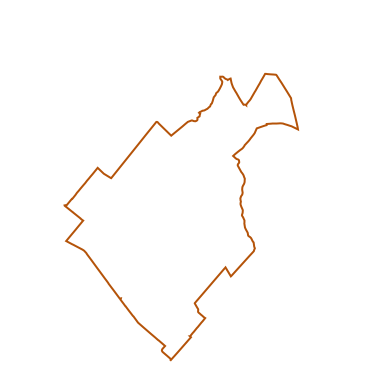 Mereni, Constanta, Romania, rotated 129°
{"feature_id": "2599482B33933506260417", "entity_name": "Mereni", "entity_type": "district", "adm_level": 2, "iso_a3": "ROU", "parent_name": "Romania", "parent_adm1": "Constanta", "projection": "robinson", "projection_center": [28.322, 44.014], "detail": "fine", "context": "isolated", "style": "outline", "palette": "amber", "viewbox_px": 384, "rotation_deg": 129, "n_neighbors": 0, "source": "geoboundaries", "source_scale": "gbopen_adm2", "svg_char_len": 5435}
<svg xmlns="http://www.w3.org/2000/svg" viewBox="0 0 384 384"><g transform="rotate(129 192 192)"><path d="M48.0,200.4L48.1,200.6L48.2,200.8L49.7,203.0L51.2,205.1L52.9,207.6L53.4,208.5L54.2,209.5L56.0,209.2L59.8,208.6L62.0,208.3L64.9,207.7L67.7,207.3L73.7,206.3L74.7,206.2L81.6,205.1L82.7,204.9L84.5,204.8L86.2,204.9L87.8,204.9L89.7,204.8L90.2,204.8L90.5,204.5L90.5,205.3L90.6,205.6L90.9,206.0L91.7,206.7L91.7,207.1L91.0,209.2L90.2,211.7L89.2,214.5L87.7,218.3L87.1,219.8L86.5,221.6L85.2,224.9L84.9,225.8L83.9,227.5L83.0,229.0L82.4,229.9L81.9,230.5L80.2,232.6L79.5,233.4L79.7,233.6L79.8,233.6L80.9,234.1L82.0,234.6L82.4,234.7L82.3,235.2L82.6,235.9L82.8,236.5L83.0,237.4L83.0,237.9L83.0,238.8L82.9,239.4L82.8,239.9L82.9,240.4L83.3,241.1L83.9,241.7L84.3,242.2L84.6,242.6L85.5,241.9L86.1,241.3L86.5,239.9L87.0,238.3L87.4,237.7L89.0,236.8L89.7,236.5L91.7,236.0L94.5,235.4L95.3,235.3L96.4,235.1L97.7,235.0L98.5,235.1L99.5,235.4L100.3,235.3L101.8,234.7L104.2,234.7L104.7,234.7L106.1,234.1L108.4,233.1L110.2,232.5L110.7,232.3L111.7,232.5L113.1,232.2L113.5,232.0L114.2,231.8L115.2,232.1L116.1,232.2L117.7,232.4L118.7,232.9L120.3,233.5L121.2,234.0L121.9,234.7L122.4,235.1L122.5,235.1L123.6,235.5L125.1,236.3L126.0,236.4L126.0,234.9L127.1,234.5L128.5,233.7L129.7,234.1L131.0,234.5L132.0,233.5L132.9,233.1L133.8,233.3L134.8,233.8L135.4,234.6L135.8,235.3L136.1,236.3L136.3,236.9L136.6,237.3L140.2,239.4L140.3,239.4L143.3,240.0L147.2,240.7L161.3,243.6L160.4,253.4L159.7,260.9L159.4,262.3L159.4,262.6L159.5,263.2L159.8,263.6L160.0,263.8L160.6,263.8L161.7,263.8L163.5,263.8L176.4,263.8L189.2,263.7L189.7,263.7L232.1,263.5L232.2,263.8L233.3,272.0L232.6,280.5L240.6,280.5L243.8,280.6L246.2,280.6L249.3,280.7L252.4,280.6L254.9,280.7L259.9,280.8L262.2,280.8L265.2,280.9L267.7,280.7L269.9,280.7L272.8,280.7L272.9,281.0L281.1,281.1L281.4,281.6L282.6,282.6L282.8,282.3L282.7,262.1L282.8,262.0L282.8,261.5L282.8,259.3L282.7,258.6L282.8,258.6L292.5,258.7L294.8,258.7L300.8,258.8L309.3,258.9L308.0,252.2L307.6,250.6L307.6,250.4L306.4,244.4L305.7,240.9L305.5,238.9L305.9,236.1L306.0,235.6L306.2,235.0L306.3,234.9L306.6,233.8L307.2,231.4L308.6,226.0L309.5,222.6L310.9,217.3L311.8,213.8L312.6,210.8L312.6,210.7L313.8,206.2L315.4,199.9L315.7,199.3L316.2,197.3L317.0,194.1L317.5,192.0L318.4,188.5L319.3,185.0L320.3,181.1L319.4,180.3L320.7,179.7L321.9,174.8L322.7,171.8L322.6,171.7L323.9,166.6L324.7,163.2L325.5,159.9L325.5,159.2L326.3,156.2L327.5,151.7L327.8,144.0L327.8,143.8L328.1,134.6L328.2,130.1L328.4,125.0L328.3,124.7L328.6,116.0L332.2,116.2L332.6,116.2L333.1,116.1L333.5,116.0L333.9,115.8L334.3,115.5L334.4,115.3L334.6,114.8L334.8,114.2L335.1,104.7L335.2,104.0L335.4,103.4L335.5,103.2L335.9,102.8L336.0,102.8L336.0,102.7L335.9,102.7L326.0,102.2L315.7,101.8L305.5,101.4L305.4,102.8L305.3,102.7L304.5,102.7L303.7,102.7L302.6,102.7L301.9,102.7L301.0,102.7L299.7,102.6L298.8,102.6L297.8,102.6L296.3,102.6L295.5,102.6L294.5,102.6L293.4,102.5L292.5,102.5L291.5,102.5L290.7,102.5L290.0,102.5L288.3,102.5L287.3,102.5L286.0,102.4L284.5,102.4L283.4,102.4L282.5,102.4L281.7,102.4L281.8,103.3L281.8,103.8L281.8,104.4L281.8,105.1L281.7,105.7L281.7,106.8L281.7,107.5L281.7,108.3L281.6,109.1L281.6,109.5L281.6,110.1L281.6,110.7L281.5,111.5L280.9,112.2L279.7,113.0L279.2,113.5L278.1,116.5L276.8,119.8L276.6,119.9L267.0,119.6L249.0,119.1L248.9,119.1L231.5,118.6L229.9,118.5L229.5,118.5L233.1,108.7L232.4,108.6L214.3,107.6L205.3,107.1L200.9,106.8L199.1,106.7L198.5,107.0L197.0,107.5L196.2,107.7L195.9,108.2L195.5,109.0L195.2,109.4L194.9,109.7L193.7,111.0L192.4,112.4L192.4,112.6L192.2,113.6L191.4,115.4L191.3,115.6L190.7,116.9L190.6,117.4L190.5,118.1L190.5,118.7L190.6,119.3L190.6,120.1L190.6,120.7L190.3,121.2L188.6,123.1L187.6,125.6L187.1,126.8L186.4,128.2L186.1,128.7L185.4,129.4L185.0,129.9L184.4,130.5L184.0,131.0L183.4,131.6L182.6,132.1L181.9,132.7L181.3,133.1L180.8,133.8L180.4,134.7L179.5,136.4L179.2,137.5L179.0,137.9L178.7,138.5L178.2,138.8L176.4,139.5L174.5,140.8L174.0,141.3L172.4,144.4L171.3,146.2L170.6,146.9L169.5,147.6L168.9,147.8L168.7,148.0L168.2,148.6L167.8,149.2L167.1,149.8L166.5,150.4L166.4,150.4L166.0,150.6L165.6,150.7L165.2,150.9L164.2,151.2L162.4,151.3L161.8,151.6L160.8,152.1L160.3,152.6L158.7,154.4L158.0,154.9L157.3,155.4L156.8,155.7L156.0,156.1L155.5,156.2L154.0,156.5L153.2,156.6L151.7,157.1L151.0,157.5L150.4,157.9L149.9,158.3L149.4,158.7L148.7,159.1L148.4,159.4L148.2,159.6L148.0,160.2L147.7,160.7L147.2,161.5L146.6,162.4L146.0,164.0L145.7,165.1L145.5,166.2L142.7,173.0L142.2,173.5L141.3,173.8L141.1,173.8L139.9,173.8L139.2,174.0L138.4,174.8L137.8,175.5L137.7,176.1L137.7,176.5L137.8,176.9L138.0,177.3L138.1,177.6L138.2,177.9L138.3,178.2L138.3,178.7L138.3,179.6L138.1,182.7L135.3,182.3L131.9,181.6L129.3,181.0L126.8,180.3L126.1,180.2L125.7,180.2L124.4,180.2L123.3,180.3L122.8,180.4L122.6,180.5L119.6,180.3L117.0,180.1L114.5,180.1L113.9,180.2L113.7,180.2L109.3,180.2L107.0,180.3L101.8,181.7L98.9,179.9L94.6,177.2L93.1,176.1L92.4,176.7L92.2,176.8L89.0,173.4L88.3,172.7L87.5,171.7L86.2,170.1L84.8,168.5L83.4,167.0L82.9,166.4L82.0,165.1L81.5,164.3L81.1,163.1L80.5,161.6L79.9,160.2L79.2,158.3L78.5,156.5L78.3,156.1L77.9,154.3L77.5,152.6L76.7,149.0L75.7,150.1L75.0,150.9L72.7,153.8L67.8,160.1L64.5,164.5L61.3,168.7L60.1,170.2L59.4,171.1L59.1,171.4L58.2,172.6L57.8,173.0L57.5,173.3L56.9,173.9L56.7,174.1L56.6,174.6L56.4,175.1L54.2,181.3L52.8,185.4L50.8,191.2L49.5,195.4L48.1,199.5L48.0,200.4Z" fill="none" stroke="#b45309" stroke-width="2"/></g></svg>